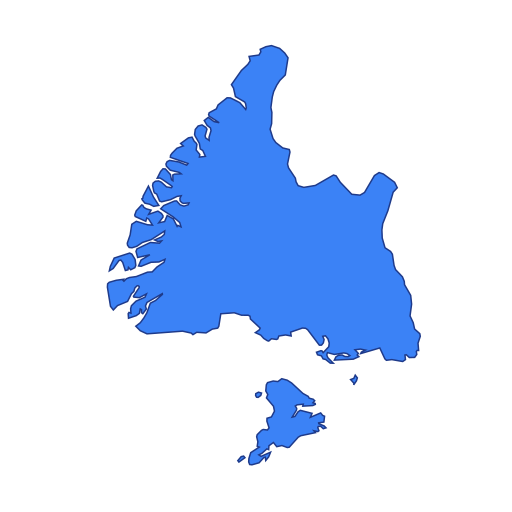 the border of Southland, rotated 352°
{"feature_id": "NZL-3408", "entity_name": "Southland", "entity_type": "Regional Council", "adm_level": 1, "iso_a3": "NZL", "parent_name": "New Zealand", "parent_adm1": "", "projection": "robinson", "projection_center": [167.625, -45.772], "detail": "fine", "context": "isolated", "style": "filled", "palette": "blue", "viewbox_px": 512, "rotation_deg": 352, "n_neighbors": 0, "source": "natural_earth", "source_scale": "10m", "svg_char_len": 6156}
<svg xmlns="http://www.w3.org/2000/svg" viewBox="0 0 512 512"><g transform="rotate(352 256 256)"><path d="M403.9,372.2L402.5,371.9L401.5,372.8L401.5,375.9L399.0,378.5L393.7,377.9L391.1,374.7L389.7,374.8L389.6,379.4L386.6,380.9L376.1,377.5L370.6,377.4L369.3,375.8L365.8,364.3L346.1,367.2L347.0,365.8L351.3,364.4L346.4,362.7L340.9,362.6L343.8,366.7L342.4,368.1L343.9,370.0L338.0,371.7L319.1,370.0L321.1,367.0L323.6,365.9L327.5,366.0L330.0,367.9L333.1,368.5L335.1,367.7L332.6,365.3L329.4,364.2L319.9,364.4L313.3,361.6L312.3,363.9L313.0,366.7L317.6,372.9L314.6,372.4L310.6,368.2L308.1,367.2L306.9,364.0L303.2,362.4L302.5,359.7L307.1,358.8L308.2,359.2L309.0,361.1L315.4,356.0L316.4,352.4L315.7,348.0L313.7,344.7L310.9,344.8L311.8,348.2L310.6,351.4L308.5,353.4L306.3,353.1L296.9,336.2L295.1,334.5L292.0,333.8L279.7,336.2L279.7,340.1L274.3,338.3L267.5,338.4L266.0,341.1L264.7,341.5L259.8,340.1L256.8,342.0L255.5,341.5L252.2,338.7L249.7,335.0L244.7,331.8L249.0,329.6L250.1,328.0L241.7,317.6L241.7,314.8L240.1,313.6L233.4,312.6L226.6,309.2L213.1,308.3L209.4,320.4L208.0,322.1L202.6,322.3L195.8,325.2L186.7,323.3L182.6,325.1L181.1,323.3L172.8,320.2L137.2,317.9L131.0,313.9L127.2,308.8L132.1,306.0L136.3,301.8L140.0,297.1L144.8,288.0L150.3,286.1L158.0,281.0L158.0,280.2L141.6,286.8L139.6,290.1L140.0,293.3L135.9,297.4L134.7,296.2L135.2,293.3L134.0,292.3L132.5,296.6L129.1,298.4L121.1,299.9L121.4,295.3L122.4,294.2L124.2,295.2L124.5,290.8L125.7,287.9L130.9,284.0L140.3,281.4L142.2,278.3L134.6,281.0L129.3,279.7L129.0,278.8L135.9,271.0L136.1,269.9L135.0,268.9L133.8,269.1L131.5,270.9L130.1,274.1L127.4,276.0L122.5,283.1L112.0,285.8L107.2,289.6L104.9,285.6L104.5,266.1L105.2,262.9L107.0,261.6L114.1,260.6L121.7,260.6L120.9,261.6L121.7,262.6L124.4,260.5L127.7,259.7L134.6,259.7L146.3,256.9L151.0,257.3L156.4,253.1L164.1,249.4L165.4,246.6L159.0,248.4L151.1,247.6L140.8,250.2L138.3,249.5L141.6,244.0L151.1,240.0L138.6,241.0L137.8,234.7L139.1,232.4L153.3,227.9L162.2,229.9L164.6,227.9L160.9,228.0L157.8,226.0L165.0,224.0L168.2,221.9L169.1,218.5L154.5,225.2L145.4,226.8L139.3,229.8L134.4,230.6L131.6,229.9L130.3,227.4L130.3,225.4L134.3,217.6L137.4,207.3L142.3,205.0L153.0,210.0L157.8,211.0L154.8,204.4L153.1,203.2L151.7,206.3L141.9,200.1L141.6,198.6L143.7,194.6L149.9,189.5L150.9,190.0L151.8,192.3L153.9,194.0L158.5,196.0L155.5,199.8L165.1,197.9L168.3,200.7L169.5,203.2L169.3,204.6L164.3,209.6L170.3,209.2L173.7,203.5L179.3,207.8L182.0,215.7L182.8,214.8L185.8,216.7L185.1,212.2L179.4,205.7L168.2,196.0L171.7,193.2L182.9,190.2L185.0,190.4L188.0,194.8L191.6,196.6L195.9,195.9L197.1,194.1L191.4,193.8L189.9,192.8L188.5,190.8L188.7,188.2L190.3,185.9L186.1,186.0L179.1,188.3L170.1,189.2L168.2,188.2L166.3,180.9L164.3,179.4L163.8,177.9L163.4,171.8L164.2,169.5L166.7,168.0L170.0,168.1L172.6,169.8L177.0,175.1L181.8,176.6L182.7,175.6L182.1,174.7L174.0,167.2L171.7,165.4L169.0,165.2L173.3,159.0L176.0,156.7L178.4,157.2L182.6,163.4L182.9,168.7L184.2,169.9L184.9,164.2L186.6,163.6L193.3,164.2L191.6,162.5L183.0,159.1L179.8,154.6L179.6,152.4L181.1,150.2L183.8,149.3L192.5,152.1L200.0,156.4L201.6,154.9L184.9,146.4L185.4,144.4L187.2,142.5L192.7,138.3L199.3,136.9L197.0,134.1L205.5,129.6L209.2,129.4L210.7,133.6L212.6,136.1L213.0,137.4L211.5,142.7L214.5,147.7L213.7,150.2L219.8,150.3L218.0,144.2L215.7,142.2L215.6,136.6L212.4,128.7L212.1,127.0L213.5,122.2L216.8,119.2L220.8,118.7L224.3,121.7L225.1,123.6L222.3,130.0L222.6,132.1L225.7,135.0L226.0,131.9L228.9,125.6L228.7,122.8L225.8,119.9L223.6,114.6L228.0,112.1L233.2,117.1L238.1,118.9L229.2,111.0L228.7,109.5L229.6,107.6L237.2,104.8L239.5,101.1L249.4,95.3L252.7,95.9L261.3,101.9L266.2,109.5L267.0,107.9L266.9,103.7L266.2,101.9L257.8,95.3L257.1,86.6L255.5,82.9L267.4,70.2L274.6,65.1L277.4,61.9L276.9,57.4L286.9,57.4L289.2,54.5L288.9,51.9L295.0,50.1L300.6,49.8L308.3,53.7L312.7,59.0L315.3,64.2L310.2,80.8L304.1,85.4L300.4,89.6L296.4,95.6L294.3,100.7L291.4,111.1L291.7,116.1L289.9,127.1L287.6,132.4L289.2,142.1L291.4,146.4L297.5,152.7L303.8,155.2L304.1,157.8L300.0,169.3L300.5,173.3L305.8,184.4L306.0,188.1L307.5,192.2L312.9,194.7L324.6,194.4L344.0,186.6L346.5,187.8L349.7,194.7L359.4,208.2L367.5,210.2L372.3,208.2L384.5,192.8L389.5,190.5L393.5,192.5L403.5,202.3L405.4,208.1L400.7,211.9L392.9,229.5L386.0,241.6L384.3,247.7L383.5,255.8L384.9,265.8L389.9,270.2L391.3,273.2L391.4,284.5L392.3,288.9L398.1,297.0L399.3,301.7L399.1,305.1L403.7,316.5L403.4,325.3L400.2,336.8L402.4,343.9L402.9,350.4L407.4,355.7L407.5,358.4L404.3,364.9L403.9,372.2ZM294.8,430.8L299.8,433.7L301.4,435.9L298.6,436.4L296.3,433.6L293.9,433.5L293.3,434.5L294.0,437.8L292.8,438.5L289.0,437.1L290.3,439.2L275.3,440.2L272.6,441.3L262.3,450.0L260.3,450.0L255.3,447.3L250.0,447.7L247.3,443.1L242.4,445.7L241.6,449.5L239.9,448.5L234.3,452.3L231.1,453.3L233.1,455.1L243.1,452.3L240.6,456.7L237.2,459.9L237.2,456.5L235.8,456.6L230.3,461.2L222.9,462.2L220.7,461.6L220.1,458.9L220.8,455.5L223.4,450.0L232.6,445.7L230.7,444.6L232.0,440.2L231.5,435.1L232.3,433.1L237.2,429.4L239.0,428.8L243.1,429.9L245.0,428.0L243.8,421.1L244.3,418.2L248.9,417.5L252.7,412.2L252.4,407.2L246.6,398.0L248.4,394.8L246.9,391.0L248.3,385.0L249.8,383.0L255.6,382.2L260.2,383.4L264.4,381.1L269.6,383.3L273.6,386.7L283.3,398.6L288.2,402.3L288.9,404.2L292.7,405.8L294.0,407.5L291.9,409.3L294.1,410.3L294.1,411.2L291.4,412.0L281.4,411.2L282.2,409.3L276.0,409.1L274.0,410.0L275.1,412.6L274.7,414.2L269.4,420.6L272.2,420.3L276.0,416.1L278.4,415.0L289.6,419.6L287.4,423.3L298.2,420.4L299.8,423.1L301.6,424.2L300.1,429.9L294.8,429.9L294.8,430.8ZM131.3,235.5L133.4,236.9L135.8,242.6L135.7,248.5L134.4,250.7L130.0,252.2L128.1,249.5L127.3,251.9L124.6,252.2L123.1,243.8L121.6,241.2L119.7,241.4L112.8,248.5L108.7,250.3L110.3,246.0L115.3,238.3L131.3,235.5ZM159.2,171.8L162.6,183.2L166.8,192.4L161.6,192.6L157.8,189.9L153.3,188.2L151.2,184.6L150.9,183.5L152.0,183.0L152.5,181.1L159.2,171.8ZM337.7,387.8L339.4,390.8L338.1,393.6L334.8,397.2L335.3,395.7L332.5,391.5L335.8,390.8L337.7,387.8ZM241.3,394.8L238.4,396.3L236.9,395.9L236.2,394.1L236.6,392.3L239.5,391.2L242.4,392.5L241.3,394.8ZM209.5,456.1L213.4,452.6L215.9,452.4L217.0,454.2L210.4,457.7L209.5,456.1Z" fill="#3b82f6" stroke="#1e3a8a" stroke-width="1.5"/></g></svg>